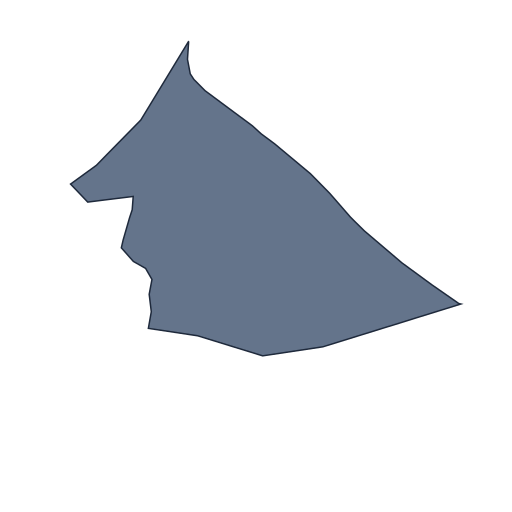 Beliel, Southern Darfur, Sudan (Robinson projection), rotated 309°
{"feature_id": "16777658B54519575625723", "entity_name": "Beliel", "entity_type": "district", "adm_level": 2, "iso_a3": "SDN", "parent_name": "Sudan", "parent_adm1": "Southern Darfur", "projection": "robinson", "projection_center": [25.18, 11.91], "detail": "fine", "context": "isolated", "style": "filled", "palette": "slate", "viewbox_px": 512, "rotation_deg": 309, "n_neighbors": 0, "source": "geoboundaries", "source_scale": "gbopen_adm2", "svg_char_len": 899}
<svg xmlns="http://www.w3.org/2000/svg" viewBox="0 0 512 512"><g transform="rotate(309 256 256)"><path d="M347.6,445.4L346.7,443.5L344.3,410.9L342.5,373.9L342.7,365.7L343.7,324.5L344.9,312.0L345.2,309.2L345.7,304.6L350.0,280.2L351.1,273.8L351.9,266.7L354.2,246.5L354.6,220.3L354.8,206.3L354.9,200.7L354.9,199.8L354.2,183.1L354.9,171.4L354.8,168.3L354.2,155.2L354.0,150.1L353.9,148.2L352.4,112.3L353.5,102.4L354.1,96.7L356.2,90.2L357.0,89.3L365.7,79.0L379.3,69.4L380.0,68.9L380.0,68.6L341.0,73.9L289.2,80.9L258.9,78.0L241.3,76.3L226.1,74.9L195.2,66.6L192.9,84.4L192.0,91.3L196.9,96.0L204.3,103.1L221.9,120.1L225.0,123.1L214.0,130.7L206.3,133.6L185.0,142.6L177.6,146.2L174.6,164.1L176.9,178.0L172.3,189.9L159.0,197.1L146.8,209.7L132.0,217.9L157.3,260.9L182.6,324.0L227.5,365.1L284.6,403.3L285.7,404.1L308.7,419.4L330.2,433.8L347.6,445.4Z" fill="#64748b" stroke="#1e293b" stroke-width="1.5"/></g></svg>